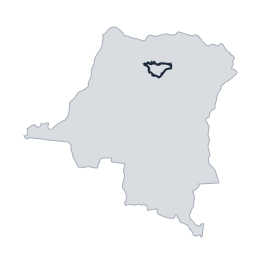 Basoko, Orientale, Democratic Republic of the Congo shown in context, rotated 6°
{"feature_id": "63176286B83726148102259", "entity_name": "Basoko", "entity_type": "district", "adm_level": 2, "iso_a3": "COD", "parent_name": "Democratic Republic of the Congo", "parent_adm1": "Orientale", "projection": "orthographic", "projection_center": [23.828, 1.677], "detail": "fine", "context": "in_parent", "style": "outline", "palette": "slate", "viewbox_px": 256, "rotation_deg": 6, "n_neighbors": 0, "source": "geoboundaries", "source_scale": "gbopen_adm2", "svg_char_len": 6840}
<svg xmlns="http://www.w3.org/2000/svg" viewBox="0 0 256 256"><g transform="rotate(6 128 128)"><path d="M224.3,173.1L204.4,176.3L204.8,177.4L204.6,178.6L204.1,179.5L202.1,182.0L199.0,184.2L199.0,184.8L200.5,187.3L201.4,190.7L201.1,196.7L201.4,198.3L201.3,199.6L200.3,201.0L198.2,208.2L199.5,211.7L203.3,214.9L205.5,217.3L209.4,218.2L210.0,218.1L210.3,216.0L213.3,215.3L213.0,228.0L212.8,228.8L212.2,228.9L211.5,228.5L211.3,227.3L210.5,226.8L206.8,228.4L205.8,228.3L204.8,228.1L204.0,227.4L203.8,226.4L201.3,222.7L200.0,222.5L198.6,219.1L192.8,216.7L190.5,216.5L189.4,215.8L188.2,213.1L186.3,211.4L185.9,209.5L185.5,209.3L184.3,209.6L183.2,212.6L181.9,213.3L179.4,213.4L173.4,212.6L169.1,211.0L167.9,211.1L166.2,209.7L165.5,207.4L165.9,205.7L165.6,205.4L159.0,206.9L157.4,207.8L155.9,207.6L155.4,207.1L156.1,205.9L155.8,204.5L155.3,203.9L153.3,203.4L152.7,202.0L151.5,201.8L151.1,202.0L150.8,203.0L150.1,203.3L146.2,202.8L142.0,204.1L136.5,203.7L133.9,205.2L133.5,205.2L133.0,204.4L132.4,202.0L132.7,201.3L133.5,200.9L133.8,199.9L133.5,197.3L133.7,196.7L133.4,195.3L132.6,193.0L131.4,191.1L128.9,188.2L128.5,186.9L128.6,183.7L129.4,178.6L129.3,174.8L128.2,172.4L128.0,169.7L128.6,165.0L128.0,163.8L115.4,163.4L114.8,163.0L114.6,162.4L115.1,159.6L107.4,160.3L105.1,160.8L103.7,162.0L103.3,163.4L103.2,165.5L102.1,167.4L101.8,170.8L99.7,171.1L97.6,171.1L93.5,170.4L89.5,171.3L87.6,172.2L86.5,171.8L83.0,172.1L82.5,171.9L78.3,165.3L76.5,163.1L76.1,162.0L76.2,161.0L75.7,159.6L73.8,156.2L73.4,154.6L73.4,152.2L73.2,151.3L71.5,149.2L70.3,148.5L69.1,148.1L48.6,148.3L41.8,147.9L36.9,148.1L34.4,147.9L33.7,147.6L31.5,148.0L30.3,148.9L28.6,149.4L27.5,149.2L25.3,146.7L28.2,146.3L28.4,146.1L28.5,140.2L27.7,139.3L29.2,138.3L31.7,135.7L34.1,134.8L34.4,134.3L34.9,134.3L35.8,135.4L37.9,136.9L40.5,135.6L40.8,135.3L41.1,132.7L41.7,132.5L42.9,133.1L43.5,133.1L44.6,132.4L47.9,131.1L48.9,132.7L48.0,134.2L48.4,135.2L48.5,136.9L49.1,137.2L51.7,137.4L52.5,137.0L57.6,131.2L59.0,130.6L61.2,128.3L64.1,127.2L65.3,125.4L67.0,122.2L67.7,117.5L67.4,109.3L67.6,108.2L71.1,104.6L74.8,97.9L77.2,96.2L79.0,95.5L81.9,93.1L84.2,90.6L83.8,87.7L84.4,85.2L85.6,82.1L86.0,78.8L85.6,75.4L85.8,72.5L87.5,68.0L87.6,62.8L89.2,58.4L92.2,52.9L93.7,48.8L93.4,44.7L93.8,41.7L93.7,40.0L93.1,38.4L93.4,37.5L94.6,37.1L96.0,35.6L98.6,31.6L101.3,29.6L103.3,29.0L105.3,29.1L106.6,29.4L108.7,31.0L111.1,32.3L112.9,33.8L114.6,36.3L118.9,36.8L120.8,37.7L121.9,38.0L122.3,37.8L123.2,37.9L125.2,38.6L126.8,38.2L134.8,39.8L135.7,39.1L137.9,34.9L139.6,33.5L142.3,33.3L144.5,34.1L145.6,34.1L155.4,30.5L156.6,30.3L160.2,31.2L162.5,30.6L163.4,30.8L165.4,30.2L167.0,27.7L168.4,27.1L182.4,29.8L184.6,28.4L185.6,28.3L188.7,29.2L189.7,30.8L191.5,32.1L192.9,34.3L195.0,35.5L196.0,36.6L197.3,37.5L199.8,37.7L203.0,35.8L205.3,36.0L207.6,37.0L208.4,37.0L210.1,35.8L211.0,34.6L211.9,34.3L213.3,34.8L214.4,36.0L215.4,37.7L218.9,41.4L222.3,43.0L223.2,45.3L224.4,45.0L225.0,45.3L225.9,46.7L226.5,47.0L226.6,47.6L225.8,49.0L225.0,51.6L226.0,53.2L225.2,55.5L224.8,58.0L225.9,58.5L227.3,58.5L228.6,59.8L229.6,59.9L230.7,61.3L230.4,62.4L227.1,66.3L222.1,71.2L220.4,71.8L219.5,72.7L218.9,74.1L217.5,75.3L216.3,75.8L216.3,79.2L214.6,82.9L213.9,83.6L213.0,89.5L213.2,90.5L212.2,95.3L212.4,99.7L209.9,101.1L208.3,103.3L207.5,104.9L207.5,108.5L204.8,110.7L204.6,111.2L205.2,113.8L206.2,114.2L206.3,115.1L208.5,117.8L208.3,126.2L208.4,127.1L209.6,129.1L210.3,132.9L209.4,137.7L212.4,146.6L211.0,149.9L211.6,153.0L213.4,156.2L217.6,159.4L218.7,160.7L219.8,162.5L220.8,165.3L224.3,173.1Z" fill="#d9dde1" stroke="#a8b0b8" stroke-width="1"/><path d="M147.3,58.7L147.1,59.1L147.2,59.5L147.3,60.9L147.0,60.9L146.9,61.0L146.7,61.0L146.3,61.0L146.2,60.9L145.9,60.7L145.7,60.6L145.3,60.4L145.1,60.3L145.0,60.2L144.8,60.1L144.7,60.0L144.5,60.4L144.5,60.6L144.5,60.8L144.4,60.9L144.5,61.1L144.6,61.5L144.5,61.9L144.5,62.0L144.4,62.1L144.0,61.9L143.8,61.9L143.6,62.1L143.3,62.1L143.2,62.0L143.0,61.9L142.9,61.8L142.9,61.7L142.7,61.7L142.4,61.5L142.4,61.4L142.2,61.2L141.9,60.9L141.7,60.8L141.6,60.7L141.4,60.7L141.2,60.7L141.1,60.8L141.1,61.0L140.9,61.0L140.7,61.1L140.8,61.3L140.6,61.3L140.4,61.4L140.3,61.5L140.5,61.6L140.5,61.8L140.4,61.8L140.3,62.0L140.2,62.0L140.0,61.9L139.9,61.9L139.9,62.0L139.8,62.3L139.7,62.3L139.5,62.5L139.4,62.5L139.2,62.7L138.9,62.7L138.8,62.8L138.7,62.8L138.5,62.7L138.4,62.6L138.2,62.5L138.0,62.4L137.9,62.4L137.7,62.3L137.6,62.5L137.7,62.8L137.8,62.9L137.9,63.0L138.0,63.2L137.9,63.2L138.1,63.4L138.1,63.5L138.3,63.5L138.5,63.6L138.8,63.8L139.0,63.9L139.2,64.0L139.4,64.0L139.8,64.1L140.6,64.3L140.9,64.4L141.1,64.7L141.3,64.8L141.7,65.1L141.8,65.4L141.9,65.5L142.0,65.7L142.0,65.8L142.2,66.0L142.3,66.0L142.2,66.2L142.3,66.4L142.5,66.5L142.7,66.8L142.8,67.0L143.0,67.3L142.9,67.4L142.9,67.5L142.8,67.8L142.7,68.0L142.4,68.4L143.4,69.9L143.5,70.1L143.3,70.4L143.4,70.5L143.5,70.6L143.8,70.3L144.2,70.2L144.6,70.2L144.9,70.3L145.4,70.6L145.9,71.0L146.3,71.6L146.6,72.0L146.8,72.4L146.9,72.5L146.8,72.9L146.8,73.0L147.1,73.0L147.4,73.0L147.5,73.2L147.7,73.3L147.8,73.4L148.4,73.4L148.5,73.3L148.6,73.1L148.7,72.9L148.6,72.7L148.8,72.8L149.1,72.8L149.3,72.9L149.4,73.0L149.6,73.0L149.8,73.0L150.0,73.1L150.5,73.2L150.8,73.2L150.9,73.3L151.0,73.3L151.4,73.4L151.5,73.5L151.9,73.7L152.0,73.8L152.4,74.0L152.5,74.0L152.8,74.1L153.0,74.2L153.3,74.2L153.5,74.4L153.7,74.2L153.9,74.1L154.1,73.9L154.8,73.3L154.9,73.2L155.2,72.9L155.3,72.6L155.5,72.4L155.5,72.2L155.7,71.8L155.7,71.7L155.8,71.6L156.0,71.5L156.4,70.9L156.7,70.5L156.6,70.4L156.5,70.2L156.3,70.1L156.5,70.0L156.7,69.8L157.2,69.4L157.7,68.9L157.8,68.4L157.9,68.1L158.0,68.0L158.2,67.8L158.6,67.4L158.8,67.0L159.1,66.6L159.3,66.1L159.5,65.9L159.8,65.7L160.0,65.6L160.4,65.4L160.8,65.2L161.7,64.9L162.3,64.8L162.7,64.5L163.1,64.4L163.6,64.4L163.8,64.4L164.4,64.3L164.5,64.2L164.6,63.9L164.4,61.3L164.4,61.2L164.5,60.9L164.4,60.8L164.2,60.7L163.9,60.8L163.8,60.7L163.7,60.6L163.5,60.4L163.4,60.3L163.4,60.2L163.3,60.3L163.2,60.3L163.2,60.2L163.2,60.3L163.1,60.2L163.0,60.3L163.0,60.2L162.9,60.2L162.7,60.3L162.6,60.2L162.5,60.3L162.4,60.2L162.3,60.3L162.2,60.3L162.3,60.2L162.2,60.2L161.9,60.2L161.7,60.3L161.5,60.2L161.4,60.1L161.5,60.1L161.4,60.0L161.1,60.2L159.5,60.1L156.9,60.0L156.7,60.0L156.4,60.2L155.9,60.4L155.7,60.3L155.7,60.2L155.4,60.0L155.2,60.0L154.9,60.2L154.5,60.2L154.3,60.2L154.2,60.2L154.1,60.4L154.1,60.5L153.8,60.6L153.7,60.6L153.2,60.8L152.9,60.8L152.7,60.7L152.5,60.8L152.5,61.0L152.8,61.4L152.5,61.6L152.4,61.5L152.2,61.7L151.9,61.7L151.8,61.8L151.7,61.8L151.6,62.0L151.3,62.2L151.2,62.2L150.9,62.1L150.7,62.0L150.7,61.9L150.6,61.7L150.2,61.6L149.7,61.7L149.4,61.7L149.0,61.4L148.9,61.3L148.8,61.2L148.6,61.1L148.4,61.1L148.1,61.0L147.9,61.0L147.8,60.9L147.5,61.0L147.6,60.8L147.6,60.6L147.6,60.4L147.6,60.0L147.6,59.9L147.4,59.5L147.4,59.4L147.2,58.9L147.3,58.7Z" fill="none" stroke="#1e293b" stroke-width="2"/></g></svg>